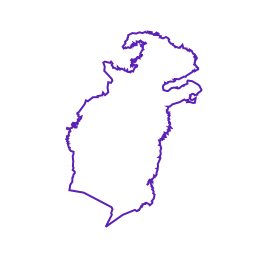 Konawe Selatan, Sulawesi Tenggara, Indonesia, rotated 296°
{"feature_id": "22746128B90195550492320", "entity_name": "Konawe Selatan", "entity_type": "district", "adm_level": 2, "iso_a3": "IDN", "parent_name": "Indonesia", "parent_adm1": "Sulawesi Tenggara", "projection": "orthographic", "projection_center": [122.598, -4.26], "detail": "fine", "context": "isolated", "style": "outline", "palette": "violet", "viewbox_px": 256, "rotation_deg": 296, "n_neighbors": 0, "source": "geoboundaries", "source_scale": "gbopen_adm2", "svg_char_len": 5932}
<svg xmlns="http://www.w3.org/2000/svg" viewBox="0 0 256 256"><g transform="rotate(296 128 128)"><path d="M68.1,181.5L71.0,182.7L72.4,182.3L72.6,181.4L75.9,182.1L79.8,181.1L80.3,179.3L81.8,179.1L83.2,177.7L83.5,175.8L83.7,177.0L85.0,176.2L85.8,174.6L85.2,174.1L85.9,174.4L85.9,175.6L88.2,172.6L89.7,172.3L89.2,172.0L89.1,171.3L89.4,172.1L89.5,171.3L90.4,171.8L90.1,170.4L88.3,170.1L86.7,170.7L84.9,170.0L86.9,170.5L88.8,169.9L91.0,170.1L90.9,171.2L91.5,171.7L92.1,171.6L92.0,170.8L92.2,172.1L94.6,172.9L96.7,172.3L96.4,173.2L96.9,173.0L97.5,174.1L99.0,174.0L100.0,173.3L103.8,172.8L104.1,171.6L104.8,172.4L106.5,171.9L108.6,170.6L114.9,170.4L115.6,169.9L115.2,168.5L116.7,169.2L119.3,168.7L121.7,167.0L124.4,166.7L126.6,164.6L126.4,163.5L128.1,163.7L130.5,161.4L130.9,162.6L132.3,162.1L132.4,163.8L132.9,163.7L133.6,164.8L134.2,164.2L133.6,163.0L135.3,162.9L135.2,164.5L136.4,165.9L137.2,165.0L136.9,164.4L137.4,164.5L136.6,163.2L137.5,162.9L139.0,163.5L139.8,163.0L139.8,164.1L140.8,164.8L140.4,166.1L141.7,165.4L142.9,165.8L143.3,165.1L144.1,166.7L144.9,166.0L145.0,164.9L146.3,165.4L146.5,164.6L147.1,166.7L147.6,165.7L147.0,164.8L148.3,164.1L150.1,164.2L150.9,163.5L150.2,161.9L151.4,162.9L152.6,161.0L153.5,160.6L154.2,161.1L154.7,159.8L157.3,159.9L157.3,158.8L158.7,159.1L158.8,157.2L159.9,157.7L159.5,156.1L158.8,156.1L161.2,155.0L161.7,155.6L164.7,155.1L164.7,154.5L165.7,156.3L168.7,157.5L173.8,163.0L178.3,166.1L178.1,167.8L179.2,169.0L178.6,169.7L179.4,170.1L178.6,170.8L177.8,169.7L177.1,169.8L178.4,171.9L179.1,175.7L180.0,177.0L184.6,175.7L181.5,173.7L181.0,172.2L181.9,170.3L182.6,170.6L184.3,169.5L184.4,170.1L185.0,169.8L186.8,170.7L187.3,172.1L186.7,173.7L188.4,175.7L189.2,175.2L193.5,177.4L194.5,177.3L197.3,173.6L197.8,171.5L198.2,165.2L196.9,161.0L196.1,160.8L193.8,162.0L191.4,159.7L190.3,159.6L190.5,158.9L189.8,158.3L186.1,156.6L185.4,155.4L186.2,154.5L185.7,153.6L185.1,153.8L184.5,151.6L182.8,149.5L179.1,148.0L178.3,146.9L177.7,143.3L180.4,141.2L182.1,141.1L183.5,142.0L184.9,141.4L184.9,143.1L185.6,143.9L186.7,143.8L188.2,145.5L189.7,148.6L190.8,149.5L191.6,149.3L191.3,149.0L191.5,148.4L191.8,149.3L192.6,148.7L194.1,152.3L198.6,155.7L199.4,157.4L200.5,157.5L206.3,161.1L207.6,161.6L208.4,160.6L208.0,162.5L208.9,162.6L208.3,163.1L211.6,165.3L212.7,164.7L212.9,162.7L213.4,162.7L214.7,159.8L214.0,160.1L214.0,159.7L215.0,159.8L219.3,158.3L219.0,159.1L220.4,159.3L220.7,156.9L221.1,157.0L221.6,155.3L221.2,157.8L221.7,158.4L223.5,155.5L223.3,154.0L225.3,151.3L225.4,150.1L224.4,149.7L225.3,148.7L223.9,148.1L224.4,146.2L225.1,145.9L224.0,142.8L226.6,140.5L224.0,139.9L223.8,139.3L222.9,139.5L222.2,138.2L222.0,135.5L221.3,135.0L222.1,134.1L222.3,131.9L223.2,131.5L222.6,129.8L223.8,126.9L224.8,126.0L225.5,126.2L226.3,124.7L226.4,122.2L223.9,120.2L223.6,117.6L224.5,117.4L224.1,117.0L224.7,117.0L225.0,115.1L223.0,110.4L223.4,109.1L222.4,105.4L222.7,104.2L221.7,102.7L222.0,101.4L219.7,99.5L218.9,96.2L216.5,94.0L215.2,90.3L211.5,87.5L209.4,88.3L208.4,88.0L207.4,88.8L204.2,87.5L203.1,88.6L198.7,87.6L197.6,89.4L199.3,90.4L198.9,91.3L200.6,92.6L200.8,94.7L201.7,94.9L202.0,95.7L202.6,95.2L203.9,95.6L204.0,94.9L205.3,95.8L205.6,95.5L206.1,96.3L205.2,97.5L205.6,98.2L206.9,96.4L206.8,99.2L209.6,97.9L210.1,100.8L211.2,100.3L212.1,101.0L211.4,103.4L210.1,103.1L211.7,104.3L211.6,105.6L212.3,106.2L211.9,107.0L209.8,105.3L208.7,105.3L208.3,103.5L207.8,104.4L207.2,104.3L207.2,106.0L205.9,106.3L205.3,107.4L204.0,106.6L200.1,106.5L199.2,107.2L199.8,108.6L199.5,108.8L198.5,108.5L198.9,107.7L198.4,108.1L198.0,107.1L196.6,107.6L196.3,106.5L195.6,107.4L195.2,105.1L193.7,105.0L193.0,104.2L193.0,105.7L191.2,105.6L190.9,106.1L191.8,103.9L191.1,103.8L191.2,104.4L190.9,104.7L190.9,104.2L190.0,104.5L189.5,102.7L188.6,102.5L188.0,103.8L186.0,103.0L184.8,103.7L186.4,104.5L186.1,104.9L186.8,104.8L187.6,106.0L187.0,106.3L187.4,107.5L188.4,108.0L188.3,108.9L187.3,109.2L184.8,107.6L181.0,107.8L180.8,106.3L179.1,105.8L179.0,105.4L178.5,105.7L178.9,105.3L180.3,105.8L178.7,104.3L178.3,102.9L179.8,101.9L178.5,101.5L178.3,100.0L177.7,100.4L179.2,99.0L178.5,98.9L178.6,96.3L177.1,95.3L178.0,94.5L177.9,93.9L177.6,94.7L177.3,94.6L178.1,92.6L176.7,93.6L175.9,93.0L176.2,89.5L175.6,88.0L176.6,87.5L177.4,85.7L179.2,85.9L180.2,83.7L178.7,83.4L177.5,78.1L176.0,77.1L173.0,80.2L169.0,81.6L165.1,91.7L163.7,93.2L161.1,92.9L160.5,90.2L155.3,91.9L151.5,94.6L147.5,93.0L148.9,90.0L146.1,90.6L143.4,86.7L142.5,87.3L140.2,82.9L134.4,80.2L134.4,78.1L130.6,78.6L120.9,76.9L119.1,75.9L118.3,76.4L118.4,77.7L116.8,78.1L116.6,78.8L116.9,80.4L117.9,81.1L115.9,81.6L114.3,81.0L114.7,79.8L113.8,79.1L113.1,79.9L112.4,79.8L112.4,80.7L110.7,79.8L109.9,81.0L109.3,80.9L109.4,79.4L108.3,78.4L109.2,78.2L108.8,77.0L107.2,78.4L107.7,79.4L106.3,80.2L106.7,81.2L105.9,81.4L105.2,80.1L105.8,77.7L107.2,76.1L106.4,76.0L105.0,77.8L103.6,77.6L101.7,75.4L101.5,73.3L100.5,73.5L101.1,76.4L99.7,77.7L98.5,76.8L95.2,77.9L93.8,76.7L92.8,77.3L93.4,77.9L91.4,77.5L91.7,78.6L90.8,78.2L90.7,79.0L89.4,79.0L89.4,80.6L87.7,80.5L87.7,81.2L87.4,80.9L84.5,83.4L84.7,84.3L83.2,84.8L82.3,86.8L82.8,89.5L80.8,90.4L78.3,90.7L73.9,93.5L69.5,95.2L68.2,96.6L66.0,96.7L65.5,99.2L64.1,99.9L62.2,99.4L59.9,100.1L59.2,99.7L55.3,101.5L51.7,101.0L46.4,102.6L50.5,116.5L49.6,147.9L48.3,149.6L44.2,150.2L42.9,151.5L29.4,151.3L47.6,161.3L57.4,170.1L57.1,172.3L57.7,173.0L58.9,173.2L59.3,174.0L63.0,174.2L63.3,175.0L63.9,175.0L63.9,174.3L65.3,174.9L65.9,174.5L67.2,176.6L68.2,175.6L67.8,176.6L68.7,177.0L68.8,179.9L68.1,181.5ZM224.0,105.6L223.5,105.7L223.9,107.0L224.8,108.1L224.0,105.6ZM225.3,111.4L225.7,113.0L226.2,113.4L226.3,111.9L225.3,111.4ZM191.4,101.4L190.3,101.0L190.0,102.2L191.2,101.8L191.4,101.4ZM223.6,104.5L223.3,105.3L223.6,105.4L223.8,105.1L223.6,104.5ZM90.7,173.4L90.8,172.6L90.3,173.6L90.7,173.4ZM204.4,96.1L204.0,96.2L203.8,96.7L204.1,96.8L204.4,96.1ZM208.1,103.1L207.5,103.0L208.1,103.3L208.1,103.1Z" fill="none" stroke="#5b21b6" stroke-width="2"/></g></svg>